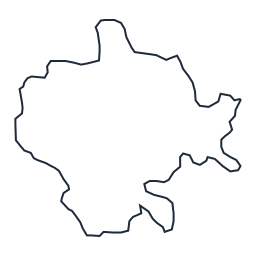 the district of Goesan-gun, North Chungcheong, South Korea
{"feature_id": "91817680B74553451927555", "entity_name": "Goesan-gun", "entity_type": "district", "adm_level": 2, "iso_a3": "KOR", "parent_name": "South Korea", "parent_adm1": "North Chungcheong", "projection": "albers", "projection_center": [127.853, 36.767], "detail": "fine", "context": "isolated", "style": "outline", "palette": "slate", "viewbox_px": 256, "rotation_deg": 0, "n_neighbors": 0, "source": "geoboundaries", "source_scale": "gbopen_adm2", "svg_char_len": 1606}
<svg xmlns="http://www.w3.org/2000/svg" viewBox="0 0 256 256"><path d="M19.6,89.0L22.0,102.7L22.6,108.1L22.0,113.4L15.4,118.8L15.4,124.2L15.9,140.3L20.7,146.3L24.3,150.5L30.8,152.9L33.8,158.2L37.4,160.0L38.1,160.3L45.7,163.0L49.9,165.4L54.7,167.8L58.9,170.8L63.6,179.2L68.4,185.8L69.0,189.4L63.6,193.0L61.8,198.3L61.2,201.3L68.4,209.1L72.0,210.9L76.1,216.3L80.3,222.3L82.7,228.3L86.9,235.4L89.3,235.4L91.1,235.4L99.5,236.0L103.6,231.9L112.6,232.5L121.0,232.5L128.2,230.7L129.4,221.1L133.0,216.9L141.3,213.3L140.1,205.6L148.5,211.5L152.7,218.7L156.9,222.9L162.9,227.1L164.7,231.9L167.2,231.0L171.8,229.5L173.6,221.1L173.6,213.3L172.4,203.1L167.0,198.4L163.4,197.2L153.9,194.8L146.1,191.2L144.3,184.0L149.7,181.0L156.3,181.0L164.0,182.2L168.8,179.8L173.6,172.1L180.2,166.7L180.1,157.1L183.1,153.5L189.7,155.3L193.3,162.5L199.9,164.9L206.4,160.7L207.6,157.1L214.8,158.9L222.6,166.0L230.3,171.4L238.1,170.2L240.5,166.0L236.3,160.0L230.3,157.0L223.7,152.9L221.3,146.9L221.3,139.7L224.9,136.2L229.7,132.6L232.1,129.6L229.6,121.8L235.0,115.8L235.6,109.9L240.6,100.0L239.7,99.1L234.4,100.3L230.2,95.6L220.6,93.8L218.3,101.5L208.7,106.9L199.8,105.8L195.6,100.4L195.0,91.4L192.6,82.5L188.4,75.9L183.0,68.8L180.6,62.2L177.1,55.7L170.5,58.1L166.3,59.9L156.2,55.1L147.8,53.9L134.7,52.1L131.8,48.0L126.4,37.2L124.6,28.9L121.0,22.9L114.5,20.0L110.9,20.0L105.0,20.0L100.8,20.5L95.7,27.2L97.8,33.1L99.6,45.6L99.6,51.5L99.0,60.5L87.6,63.4L81.1,64.6L74.5,62.8L65.6,61.0L57.2,61.0L50.7,61.0L47.1,66.4L47.7,72.3L44.7,77.7L31.6,76.5L27.4,78.3L24.4,82.4L23.2,86.6L19.6,89.0Z" fill="none" stroke="#1e293b" stroke-width="2"/></svg>